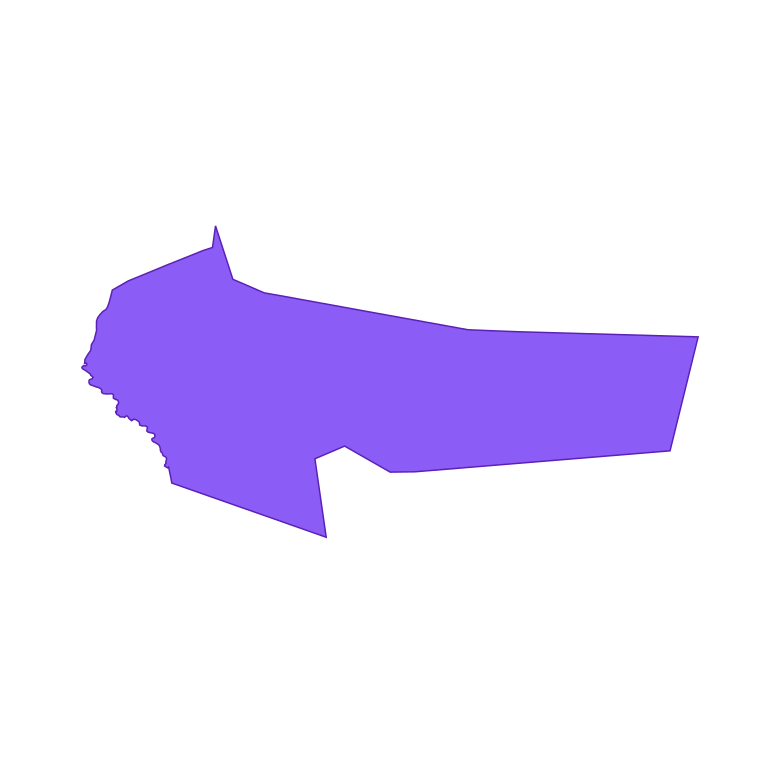 outline of San Juan Teitipac, Oaxaca, Mexico, rotated 297°
{"feature_id": "50627088B7077340988995", "entity_name": "San Juan Teitipac", "entity_type": "district", "adm_level": 2, "iso_a3": "MEX", "parent_name": "Mexico", "parent_adm1": "Oaxaca", "projection": "robinson", "projection_center": [-96.62, 16.891], "detail": "fine", "context": "isolated", "style": "filled", "palette": "violet", "viewbox_px": 768, "rotation_deg": 297, "n_neighbors": 0, "source": "geoboundaries", "source_scale": "gbopen_adm2", "svg_char_len": 2590}
<svg xmlns="http://www.w3.org/2000/svg" viewBox="0 0 768 768"><g transform="rotate(297 384 384)"><path d="M344.4,99.3L336.3,101.1L332.2,102.0L327.3,102.7L324.0,102.4L321.3,100.7L317.0,99.4L313.0,98.8L309.5,99.3L305.5,101.3L303.6,102.2L301.5,103.5L291.4,105.8L291.1,105.8L286.4,105.4L280.9,107.4L277.3,106.9L276.8,106.8L274.2,106.6L270.0,106.4L266.3,107.9L266.9,108.9L267.5,109.4L266.5,110.3L265.9,110.5L264.6,109.8L264.2,108.9L264.1,108.0L262.0,107.2L261.3,107.5L260.8,108.3L260.7,108.8L260.5,112.3L259.8,116.2L259.4,118.1L259.1,118.3L258.6,118.7L258.2,121.0L257.7,121.8L257.4,121.6L256.6,121.6L256.2,121.5L255.8,121.3L254.5,119.9L253.8,119.6L253.3,119.6L252.9,119.7L252.4,120.0L251.9,120.2L251.3,120.5L250.8,121.1L250.4,121.6L250.0,122.8L250.2,124.1L250.8,129.6L251.2,130.3L251.2,132.9L251.2,133.3L250.6,135.2L250.3,135.5L249.3,135.6L248.7,136.0L248.3,136.3L248.0,138.4L248.1,138.7L248.6,139.7L249.0,141.0L249.4,141.8L249.7,142.3L250.6,143.8L250.8,144.5L251.7,145.7L251.7,147.4L251.1,148.2L250.1,148.4L249.5,148.8L248.8,149.1L248.4,149.5L248.4,152.2L248.7,152.2L248.6,153.8L248.7,154.4L246.8,156.1L246.5,156.0L245.8,156.2L245.2,156.3L244.7,156.1L244.1,156.0L243.7,155.7L243.2,155.8L242.6,156.1L242.1,156.5L241.6,156.4L241.3,156.2L241.2,156.3L241.0,156.9L240.6,157.3L238.6,158.3L237.9,158.1L237.9,157.5L237.3,157.5L237.0,158.0L236.7,158.0L235.6,159.8L235.6,160.5L235.4,162.6L234.9,163.8L236.4,166.9L236.4,167.9L238.9,169.1L238.8,170.4L237.4,172.6L237.2,173.6L236.8,175.1L236.7,175.8L237.8,176.5L238.2,176.4L238.5,176.5L239.0,176.9L239.6,179.1L239.2,182.5L238.6,183.4L237.5,184.4L236.8,184.7L236.5,185.1L236.8,187.5L238.0,189.6L238.4,190.6L238.1,193.0L236.3,193.3L235.6,193.6L234.8,193.8L234.4,194.1L234.0,195.6L234.2,196.4L234.3,196.9L234.3,197.4L234.6,198.3L234.9,199.2L235.2,200.3L235.3,200.8L235.4,201.2L234.8,202.8L233.2,203.6L232.0,203.8L231.3,203.1L231.1,202.9L230.5,202.5L229.7,202.1L228.6,202.7L227.7,204.9L228.0,205.2L227.6,210.7L226.6,212.4L225.9,213.1L224.5,214.4L223.8,214.5L223.2,215.1L223.0,215.6L222.2,216.0L222.0,217.5L220.2,219.4L219.9,219.7L219.9,222.1L219.4,223.7L218.5,224.2L217.4,224.6L215.4,225.0L215.0,225.5L213.9,225.7L213.1,225.5L212.6,225.3L211.3,225.7L211.0,229.3L212.2,229.8L203.2,237.0L199.4,239.9L209.2,312.7L215.4,358.6L215.5,359.1L216.0,363.3L221.2,402.1L286.0,356.4L310.8,377.1L308.3,429.5L319.8,451.4L454.3,669.2L568.6,642.5L491.8,480.5L479.4,453.7L470.5,434.3L441.0,336.2L420.9,269.2L419.9,265.7L410.8,235.8L408.7,201.8L448.4,162.1L427.8,169.2L420.8,162.2L393.5,138.3L359.7,109.3L344.4,99.3Z" fill="#8b5cf6" stroke="#5b21b6" stroke-width="1.5"/></g></svg>